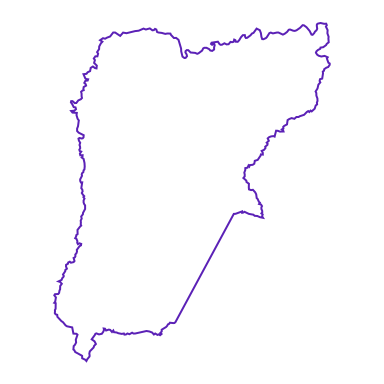 outline of Canguçu, Rio Grande do Sul, Brazil
{"feature_id": "56859067B84046168462742", "entity_name": "Canguçu", "entity_type": "district", "adm_level": 2, "iso_a3": "BRA", "parent_name": "Brazil", "parent_adm1": "Rio Grande do Sul", "projection": "albers", "projection_center": [-52.66, -31.277], "detail": "fine", "context": "isolated", "style": "outline", "palette": "violet", "viewbox_px": 384, "rotation_deg": 0, "n_neighbors": 0, "source": "geoboundaries", "source_scale": "gbopen_adm2", "svg_char_len": 5728}
<svg xmlns="http://www.w3.org/2000/svg" viewBox="0 0 384 384"><path d="M261.4,36.7L260.9,33.1L259.8,30.2L256.6,28.6L253.5,32.9L252.0,33.5L250.5,35.3L247.2,37.8L245.9,38.0L245.2,37.0L244.8,35.1L242.8,35.2L241.0,37.2L239.2,40.2L237.7,41.8L235.8,41.7L235.3,40.1L234.2,39.6L233.6,41.8L232.1,42.2L230.5,41.9L228.6,44.2L226.6,44.4L224.4,43.3L222.0,44.7L220.6,44.8L219.6,44.2L217.9,41.7L211.6,42.7L211.0,43.9L212.1,44.8L214.1,43.5L214.7,45.2L214.1,47.3L214.1,49.5L212.2,50.9L210.3,50.5L209.1,49.1L206.5,47.8L204.3,47.8L203.2,48.4L202.1,50.6L198.5,53.3L197.2,53.8L195.2,52.9L190.6,52.5L188.3,50.2L186.8,50.1L185.6,51.1L185.4,52.4L186.6,54.4L187.0,56.2L185.6,57.9L184.4,58.0L182.5,56.6L181.2,51.3L181.1,48.6L178.5,39.8L176.1,37.9L173.9,38.0L170.9,34.8L170.4,33.6L167.3,33.5L165.3,33.9L161.7,32.9L158.4,32.5L157.1,32.0L156.3,29.5L155.0,28.9L153.9,30.1L152.4,30.3L149.8,28.4L145.9,29.5L143.5,28.6L138.7,30.7L135.1,31.1L126.5,33.2L123.1,32.6L120.2,35.9L115.1,32.5L113.2,32.5L110.1,36.5L107.1,37.6L105.1,38.7L103.0,38.2L100.1,40.2L102.4,41.7L100.9,43.3L100.0,45.0L99.2,46.5L99.1,49.1L97.1,52.1L98.1,53.6L97.4,56.3L95.4,56.3L93.8,58.5L94.9,60.1L94.1,62.9L96.8,65.6L96.5,68.4L95.0,68.1L92.9,66.5L90.7,67.9L90.1,71.1L87.6,72.3L86.5,73.8L83.5,74.2L85.3,78.4L86.5,79.1L88.1,79.3L87.7,80.5L85.4,80.8L84.3,82.9L85.7,84.2L86.1,85.6L83.7,87.0L83.4,88.7L83.7,90.2L82.5,90.5L81.1,91.8L81.6,93.7L81.6,96.3L82.0,98.0L80.9,99.2L78.3,100.4L76.3,103.0L74.8,103.1L72.5,101.1L71.2,101.1L70.9,102.3L72.3,104.3L73.7,107.1L75.5,107.4L76.0,109.2L74.3,110.7L71.2,111.0L72.5,112.6L76.8,112.9L76.5,115.1L77.6,118.8L78.8,120.4L78.0,126.3L77.1,128.6L77.1,131.0L78.7,132.7L83.7,135.2L83.5,137.4L82.7,138.3L81.7,138.5L79.5,138.0L78.5,138.6L78.9,140.6L80.2,142.8L79.5,145.0L80.0,146.3L80.2,148.2L79.3,149.8L79.8,151.1L81.2,151.6L79.9,153.6L80.3,155.3L82.6,155.2L82.5,156.6L81.7,157.5L83.6,158.9L84.5,163.0L84.7,166.5L84.4,169.5L83.6,170.3L83.3,172.2L82.1,173.2L81.7,174.5L82.0,175.8L80.2,179.3L80.2,180.9L80.9,182.5L82.2,182.4L81.3,188.2L82.3,189.6L82.6,191.4L81.8,193.0L82.9,194.7L84.2,196.1L83.4,197.1L84.5,198.6L83.6,200.4L83.6,202.5L84.2,204.1L85.1,205.4L85.1,209.0L83.0,212.9L82.9,214.3L81.2,216.5L81.7,218.6L80.7,220.6L80.9,222.7L80.7,224.3L81.2,225.6L80.3,226.3L77.5,229.9L77.6,234.1L76.3,235.1L76.1,236.5L75.2,238.2L76.4,238.8L77.4,241.2L77.2,242.7L77.9,244.1L79.4,243.3L81.2,243.9L81.0,245.3L79.5,246.2L76.8,249.9L77.0,251.5L76.4,253.3L75.3,254.5L75.4,256.3L74.8,257.4L73.6,258.0L74.5,261.0L73.6,262.1L70.9,262.7L69.8,261.7L68.2,262.5L68.0,263.7L66.1,264.8L66.0,266.5L66.9,268.7L65.3,270.0L65.2,271.3L63.0,274.5L63.8,276.0L63.3,277.1L62.3,278.1L61.6,279.9L58.5,281.4L60.2,282.0L61.8,283.8L60.2,286.0L60.1,289.4L59.5,290.5L59.1,292.9L58.2,294.0L55.0,294.2L54.3,295.3L55.9,297.4L55.2,301.6L54.3,302.8L55.7,303.2L55.6,308.8L54.9,310.1L55.0,311.6L54.8,313.1L55.6,314.3L57.2,314.8L57.4,316.8L61.4,321.1L63.0,322.2L65.6,325.4L67.0,326.3L72.2,327.4L73.4,333.6L76.5,333.8L77.5,334.7L75.8,339.7L76.1,342.5L75.0,344.7L73.7,346.1L73.4,349.5L74.4,350.3L75.2,352.0L82.1,355.8L82.2,358.3L85.2,359.7L86.4,361.0L87.3,359.2L89.5,356.5L89.6,355.1L89.3,353.7L89.8,351.4L93.6,347.5L94.1,345.9L95.9,344.0L94.5,341.3L91.7,339.3L94.9,334.9L95.4,333.8L96.4,333.4L99.0,334.4L101.8,333.8L103.3,331.7L104.0,330.0L103.7,328.5L105.0,328.7L106.1,330.5L108.8,329.6L110.2,329.9L112.0,332.0L113.3,330.5L114.0,332.2L116.7,332.5L118.2,333.2L121.7,333.9L123.9,333.5L124.4,334.6L125.9,334.5L127.4,333.5L129.5,334.2L132.1,332.7L133.4,333.5L135.2,333.5L146.5,331.0L149.4,331.5L152.1,332.5L153.9,334.5L155.2,333.5L157.5,334.9L158.6,334.4L160.1,335.2L161.5,334.0L160.3,333.0L161.7,331.5L161.7,329.7L166.1,327.0L167.2,325.8L167.9,324.4L169.2,323.8L169.9,322.7L173.3,323.1L174.4,323.0L175.4,322.2L233.8,213.9L235.6,213.8L242.1,211.4L242.2,212.8L243.4,212.5L244.5,211.8L248.9,213.9L253.4,214.7L254.6,215.8L257.3,216.0L260.0,217.2L263.0,217.8L262.1,216.3L262.7,214.4L261.4,213.4L262.3,212.2L262.1,210.5L261.4,209.1L261.4,207.3L262.0,206.1L261.0,204.5L259.1,204.0L259.9,202.7L258.9,201.8L257.6,198.9L256.7,198.1L256.2,194.3L255.2,192.3L252.9,189.8L251.1,190.1L249.0,189.4L248.8,187.5L248.9,183.7L246.5,182.0L246.3,180.6L243.4,178.0L244.7,176.4L244.7,174.3L244.3,172.7L245.3,169.9L245.3,168.1L247.5,167.7L248.5,165.5L249.3,166.5L249.8,165.1L252.7,164.8L254.3,163.7L254.8,160.8L257.7,159.9L260.6,155.6L260.9,154.4L262.8,154.6L262.8,152.8L261.7,150.9L264.1,149.8L265.5,148.0L265.2,146.7L267.4,144.9L267.6,143.7L266.7,142.7L268.8,140.8L267.7,138.4L269.2,137.1L271.1,136.4L273.4,136.1L274.6,136.6L276.1,130.7L277.8,130.8L279.9,131.6L283.5,131.5L283.1,130.3L281.9,129.4L283.4,128.5L283.2,126.9L284.2,125.9L287.0,124.4L287.6,120.1L289.3,119.0L291.6,118.1L294.4,118.8L296.4,117.0L298.6,117.0L299.6,116.3L304.1,114.8L306.8,112.0L308.2,111.1L309.3,112.0L310.6,110.6L311.7,111.4L314.7,108.7L315.7,105.5L317.1,104.4L316.9,102.5L317.5,101.0L317.4,98.4L316.4,95.7L316.3,93.0L315.6,91.5L317.5,88.5L318.4,84.6L320.3,82.4L319.6,81.0L320.0,79.2L322.2,78.6L323.0,73.4L322.8,71.6L324.0,70.7L324.2,69.2L326.3,67.7L328.2,67.0L329.7,64.8L329.7,63.5L328.4,62.7L326.9,58.6L327.7,57.3L324.6,55.9L321.3,56.5L318.6,55.7L317.1,54.6L315.9,52.7L316.4,51.4L317.9,50.0L320.2,48.8L320.5,47.6L323.2,47.2L326.1,45.1L326.7,43.9L328.7,42.3L328.4,38.4L328.6,36.8L327.4,33.3L327.6,30.1L325.9,26.6L326.8,25.2L326.2,23.7L324.1,23.8L320.6,23.0L317.9,23.6L316.9,24.4L316.8,25.8L317.2,28.8L316.4,30.4L315.0,31.6L314.2,33.1L312.6,34.8L311.5,34.6L309.6,30.9L306.5,27.2L303.9,25.3L302.6,25.2L300.1,27.8L296.5,30.3L294.8,30.9L293.2,30.7L290.0,29.5L288.7,29.8L287.1,31.9L284.6,33.8L282.9,34.6L278.4,32.5L277.1,32.5L272.9,33.4L270.8,32.6L269.4,33.1L266.8,37.2L265.9,38.1L263.5,39.2L262.2,39.1L261.4,36.7Z" fill="none" stroke="#5b21b6" stroke-width="2"/></svg>